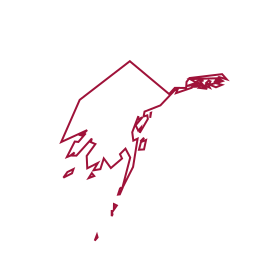 the State of Alaska, rotated 314°
{"feature_id": "USA-3563", "entity_name": "Alaska", "entity_type": "State", "adm_level": 1, "iso_a3": "USA", "parent_name": "United States of America", "parent_adm1": "", "projection": "natural_earth1", "projection_center": [-152.163, 61.314], "detail": "medium", "context": "isolated", "style": "outline", "palette": "rose", "viewbox_px": 256, "rotation_deg": 314, "n_neighbors": 0, "source": "natural_earth", "source_scale": "10m", "svg_char_len": 1901}
<svg xmlns="http://www.w3.org/2000/svg" viewBox="0 0 256 256"><g transform="rotate(314 128 128)"><path d="M177.3,82.9L181.0,134.0L189.4,133.8L197.2,142.0L201.8,138.1L206.6,137.5L232.1,158.3L231.6,165.2L227.9,158.1L223.9,159.6L223.9,161.7L222.9,161.2L223.5,157.9L225.2,157.7L225.6,157.5L206.3,138.7L208.2,145.8L199.0,141.1L203.9,144.9L201.2,145.9L186.4,138.3L190.5,136.8L187.6,135.4L166.8,135.6L151.3,128.5L147.1,131.2L150.5,133.1L148.3,136.0L132.7,139.8L137.1,137.0L133.2,137.2L135.3,131.6L145.6,130.9L141.1,129.2L143.8,127.2L127.9,134.0L122.6,140.6L127.0,142.3L103.5,158.7L80.7,165.7L108.3,150.1L111.4,140.5L103.6,140.4L101.9,144.9L87.3,143.5L89.3,131.7L79.2,136.7L73.6,132.6L82.0,130.6L70.7,126.7L79.2,117.7L93.8,115.7L92.0,111.1L95.3,109.3L72.3,110.1L69.3,106.9L73.3,106.5L67.6,105.6L64.6,104.2L81.3,99.1L83.5,102.0L94.8,101.3L91.1,100.9L88.9,97.2L92.3,99.9L98.1,100.1L71.5,89.7L114.7,73.7L177.3,82.9ZM131.9,149.3L123.7,154.4L120.0,151.0L126.9,147.1L131.9,149.3ZM224.3,165.6L218.4,163.0L215.9,156.7L221.2,159.8L224.3,165.6ZM60.6,117.3L56.5,119.2L47.4,116.0L54.2,115.0L60.6,117.3ZM205.2,148.5L202.5,145.9L209.0,147.0L204.7,147.2L209.8,150.1L205.2,148.5ZM70.4,133.3L70.0,137.1L64.6,134.5L70.4,133.3ZM211.8,146.6L211.0,152.9L208.7,144.9L212.3,146.2L214.4,149.6L211.8,146.6ZM209.1,150.7L211.2,157.8L206.0,150.9L209.1,150.7ZM80.7,165.9L74.6,168.2L73.2,167.1L78.9,164.3L80.0,164.4L80.7,165.9ZM226.7,159.0L227.6,163.5L224.6,161.9L226.7,159.0ZM213.7,152.9L218.1,153.1L218.8,155.0L215.8,156.2L215.3,153.8L213.7,152.9ZM63.5,170.8L64.5,173.8L59.4,174.6L63.5,170.8ZM127.1,146.2L132.1,146.3L129.0,147.2L127.1,146.2ZM215.2,154.3L213.8,158.8L212.0,153.8L215.2,154.3ZM57.7,173.3L54.9,177.0L53.3,177.5L57.7,173.3ZM29.5,179.9L28.2,182.1L23.9,182.3L29.5,179.9ZM220.5,158.4L223.0,158.2L222.9,159.2L220.5,158.4ZM154.6,133.8L155.0,134.0L150.7,136.9L154.6,133.8Z" fill="none" stroke="#9f1239" stroke-width="2"/></g></svg>